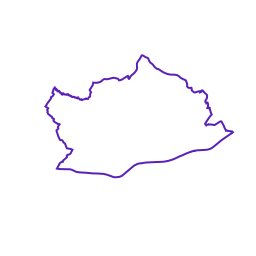 Itagüí, Antioquia, Colombia (Equal Earth projection), rotated 41°
{"feature_id": "7082276B40156907925674", "entity_name": "Itagüí", "entity_type": "district", "adm_level": 2, "iso_a3": "COL", "parent_name": "Colombia", "parent_adm1": "Antioquia", "projection": "equal_earth", "projection_center": [-75.62, 6.177], "detail": "fine", "context": "isolated", "style": "outline", "palette": "violet", "viewbox_px": 256, "rotation_deg": 41, "n_neighbors": 0, "source": "geoboundaries", "source_scale": "gbopen_adm2", "svg_char_len": 5494}
<svg xmlns="http://www.w3.org/2000/svg" viewBox="0 0 256 256"><g transform="rotate(41 128 128)"><path d="M204.2,88.7L204.8,86.5L206.7,75.2L210.0,62.5L209.1,62.3L207.9,63.0L207.9,62.9L205.1,64.8L204.8,65.0L203.8,65.1L203.7,65.7L200.0,64.2L199.8,63.9L194.7,61.9L194.2,61.8L193.6,62.2L193.4,62.4L191.4,68.9L190.4,69.6L188.0,71.1L187.2,72.0L186.9,72.3L186.5,72.3L186.5,72.6L186.1,73.1L185.4,73.6L185.3,74.7L183.8,74.4L183.5,74.3L183.4,74.2L182.9,71.1L182.4,66.7L182.3,65.5L182.3,63.5L182.4,63.0L179.8,61.7L179.0,61.0L178.6,60.9L178.0,60.3L177.4,60.3L177.3,60.2L177.0,60.0L176.7,59.3L176.4,59.1L176.2,59.1L175.8,59.5L175.3,60.5L174.8,60.9L174.2,59.4L173.4,58.1L173.1,57.7L172.7,57.4L171.4,56.7L171.0,58.0L170.4,57.6L170.3,57.4L170.1,57.4L169.9,57.7L169.7,57.7L169.1,57.4L168.9,57.2L168.4,56.2L168.3,55.4L168.2,54.4L168.1,54.0L167.9,53.7L167.7,53.6L167.5,53.0L166.6,51.8L166.3,51.5L165.6,51.2L163.4,51.2L162.9,51.1L161.6,51.1L160.5,50.7L160.1,50.7L159.4,50.9L159.0,51.4L159.1,51.8L159.6,52.4L159.6,52.5L158.9,53.9L158.2,53.3L158.3,52.9L157.1,54.2L155.4,57.0L155.1,57.4L154.8,57.6L154.3,57.7L153.7,57.8L152.1,57.8L151.4,57.7L150.8,57.3L150.2,56.5L150.0,56.2L149.7,56.1L149.4,56.1L148.2,57.3L147.5,57.8L147.1,58.0L145.9,58.0L145.2,57.7L144.1,56.3L143.2,55.6L140.7,54.3L140.2,54.2L139.8,54.2L139.4,54.3L138.2,54.8L137.1,55.1L136.0,55.3L135.3,55.5L134.5,55.6L132.0,55.6L131.2,55.7L130.4,55.9L128.1,57.2L126.6,58.6L125.8,59.2L124.3,60.3L121.3,61.8L118.3,62.7L116.8,63.0L112.8,63.5L112.0,63.7L110.9,64.4L110.5,64.5L107.5,64.4L105.5,63.9L104.3,63.8L101.9,64.0L100.3,63.6L97.5,62.2L97.1,62.2L96.8,62.2L96.4,62.3L95.0,63.0L94.5,63.1L92.7,63.3L91.7,63.5L91.1,63.8L90.8,64.0L90.7,64.4L91.2,66.3L91.5,67.9L91.7,69.2L91.7,70.2L91.9,71.5L92.0,72.0L92.4,73.4L93.1,74.3L95.6,76.9L96.1,77.8L96.5,79.0L96.6,80.7L96.7,81.5L96.6,82.4L96.5,83.7L96.1,86.0L96.1,87.8L96.5,89.3L96.6,89.9L96.6,90.2L96.5,90.3L96.2,90.4L95.6,90.1L94.5,89.2L94.2,88.8L94.0,88.7L93.8,88.7L93.6,89.0L92.2,93.4L92.0,94.4L91.5,95.6L91.2,96.3L90.2,97.8L89.9,97.9L89.7,97.9L89.3,97.8L88.8,97.5L87.9,97.5L86.7,98.2L85.9,98.5L85.4,98.7L84.9,99.0L83.4,100.5L81.4,103.4L80.3,104.8L79.8,105.4L78.7,106.0L78.1,106.5L77.9,106.9L77.5,107.8L77.1,110.6L76.7,111.7L75.9,112.9L74.5,114.6L74.2,114.9L72.8,115.9L72.5,116.3L72.3,116.9L72.2,116.9L73.2,118.8L73.4,119.5L73.5,119.9L73.6,121.1L73.7,121.7L73.9,122.2L74.0,124.1L74.1,124.3L74.3,124.6L75.1,124.9L75.7,125.0L76.4,125.1L76.7,125.2L76.8,125.9L77.0,126.8L77.1,127.1L78.6,128.9L78.7,129.4L78.3,130.6L78.3,130.8L78.8,132.2L77.9,133.1L77.7,133.2L77.3,133.1L77.1,133.3L77.0,133.7L76.7,133.7L75.9,135.4L75.4,136.0L75.2,136.5L75.1,136.8L74.9,137.1L74.7,137.2L74.5,137.3L74.2,137.1L73.9,137.0L73.4,137.9L73.1,138.1L72.4,137.9L71.9,137.8L71.7,137.8L71.1,138.2L70.6,138.7L70.4,138.7L70.0,138.1L69.9,138.3L69.8,138.8L69.6,139.2L69.2,139.3L68.8,139.2L68.6,139.2L68.3,139.5L68.1,139.8L67.7,139.6L67.0,139.8L66.5,140.3L66.0,140.5L65.9,141.0L65.7,141.2L65.1,141.3L64.9,141.4L64.6,141.4L64.4,141.1L64.2,141.1L63.9,141.3L63.6,141.7L63.5,141.8L62.5,141.5L62.2,141.6L61.5,142.4L61.2,142.2L60.9,142.0L60.7,142.3L60.4,142.3L60.2,142.1L59.9,142.3L59.8,143.3L59.5,143.5L58.9,143.5L58.6,144.0L58.0,144.4L57.5,144.3L56.6,144.2L56.5,144.4L56.1,144.6L56.2,145.0L56.3,145.2L56.6,145.3L56.7,145.6L56.6,145.8L56.5,146.0L55.8,146.0L55.8,145.9L55.8,145.3L55.8,145.2L55.7,145.1L54.8,145.5L54.2,145.7L53.9,145.9L53.5,145.6L53.4,145.6L53.2,145.8L52.6,145.6L52.3,145.3L51.9,145.2L51.8,145.5L52.0,145.7L52.0,145.8L51.8,145.9L51.6,146.0L51.3,145.6L51.2,145.6L50.7,146.4L50.2,146.0L50.0,145.9L49.8,145.9L49.6,146.4L49.4,146.5L49.2,146.5L49.2,146.3L49.1,145.9L48.7,145.7L48.3,145.5L48.1,145.6L48.1,145.9L48.0,146.1L47.6,145.7L47.1,145.9L46.2,145.5L46.2,146.4L46.3,147.1L46.6,148.0L47.4,149.6L47.9,151.1L48.3,151.1L49.9,151.1L50.1,152.1L50.2,153.6L49.9,154.7L49.7,154.9L49.7,155.3L49.8,155.4L50.5,156.4L50.7,158.1L51.0,162.5L51.2,163.2L51.6,165.9L54.0,165.5L54.9,165.5L55.1,167.3L55.4,167.6L56.3,167.9L56.5,168.0L56.8,169.0L57.4,169.2L58.7,169.8L58.9,169.8L59.6,169.8L60.2,169.6L62.0,169.8L62.8,169.4L63.6,169.6L64.3,170.2L64.6,170.2L66.0,169.7L66.4,170.0L66.9,171.3L67.2,171.5L67.8,171.6L69.9,171.4L71.0,171.1L72.1,171.1L72.3,171.0L72.8,170.5L73.2,170.3L73.6,170.1L74.0,170.1L74.1,172.2L74.6,173.5L75.5,173.8L75.8,174.1L75.8,174.8L75.8,175.3L75.5,176.2L75.5,176.5L75.8,177.0L80.3,179.7L84.3,181.6L84.8,181.5L86.2,180.5L86.6,180.4L86.8,180.4L88.6,181.2L90.7,181.1L94.6,183.2L95.1,183.4L95.5,183.3L98.2,181.6L99.4,181.1L100.4,180.9L100.8,182.8L101.2,184.1L101.3,184.6L101.3,185.5L101.0,186.5L100.6,187.2L100.3,187.6L99.9,187.9L99.9,188.8L99.9,189.0L101.1,190.0L100.4,194.9L100.9,196.0L101.0,196.3L100.2,196.7L99.7,199.1L99.7,199.9L99.7,200.1L100.0,200.5L101.0,205.3L101.6,205.0L103.5,203.7L105.2,202.3L111.2,197.3L112.9,196.4L114.8,195.9L117.5,195.1L118.8,194.4L120.8,193.1L125.7,189.3L130.2,186.1L133.1,183.8L134.4,182.7L139.2,179.0L140.0,178.5L142.5,177.2L146.6,175.5L148.6,174.8L149.6,174.4L150.7,173.6L153.3,170.8L153.7,170.3L154.1,169.5L154.5,168.7L154.8,167.8L155.2,165.7L157.0,154.0L157.2,153.1L157.4,152.0L157.9,150.8L158.4,149.7L158.7,148.9L160.0,147.1L161.9,145.1L163.1,143.5L164.2,142.3L171.5,135.3L174.8,132.2L176.6,130.5L178.0,128.9L180.3,125.9L181.9,123.3L182.8,121.8L184.3,118.5L185.6,115.5L186.8,113.2L188.8,108.8L189.7,107.0L190.7,105.3L191.5,104.1L191.4,103.9L192.2,102.8L193.2,101.8L193.0,101.6L195.5,98.8L199.7,94.8L201.6,92.8L202.4,91.9L202.9,91.1L203.6,90.0L204.2,88.7Z" fill="none" stroke="#5b21b6" stroke-width="2"/></g></svg>